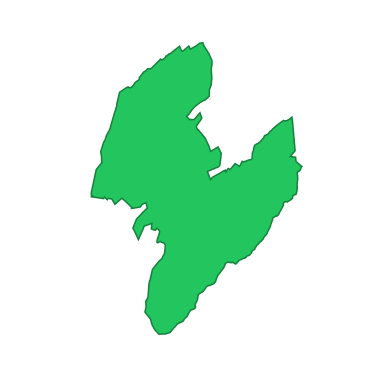 Ēveles pag., Burtnieku, Latvia (Natural Earth projection), rotated 108°
{"feature_id": "27541924B74046079513035", "entity_name": "Ēveles pag.", "entity_type": "district", "adm_level": 2, "iso_a3": "LVA", "parent_name": "Latvia", "parent_adm1": "Burtnieku", "projection": "natural_earth1", "projection_center": [25.59, 57.723], "detail": "fine", "context": "isolated", "style": "filled", "palette": "green", "viewbox_px": 384, "rotation_deg": 108, "n_neighbors": 0, "source": "geoboundaries", "source_scale": "gbopen_adm2", "svg_char_len": 6005}
<svg xmlns="http://www.w3.org/2000/svg" viewBox="0 0 384 384"><g transform="rotate(108 192 192)"><path d="M335.0,172.9L334.6,172.6L334.0,171.7L333.4,170.9L333.3,170.6L332.7,169.8L332.1,169.3L331.8,169.1L331.5,169.1L330.5,168.8L329.5,168.3L326.8,167.2L325.4,166.5L324.1,165.9L321.9,165.1L321.4,164.7L320.9,164.0L320.7,163.9L319.4,162.2L318.7,161.7L317.9,160.7L317.6,160.6L316.5,160.2L315.3,160.0L314.6,159.8L314.0,159.6L313.5,159.2L312.3,158.4L311.4,158.0L308.6,157.8L305.3,157.0L304.4,156.2L303.6,155.1L301.9,153.4L301.2,153.1L300.8,153.1L300.3,153.1L299.0,153.9L298.3,154.2L297.2,154.2L296.5,154.1L294.6,153.7L293.0,153.6L291.9,153.7L288.7,154.2L287.3,154.1L286.7,153.8L286.3,153.4L285.0,152.4L284.3,151.6L283.9,151.1L282.8,150.5L281.7,150.2L280.5,149.7L279.9,149.5L278.0,149.1L277.0,148.5L276.6,148.2L276.2,147.5L276.0,147.2L274.4,145.0L273.4,144.0L272.8,143.4L272.4,142.9L271.5,142.4L270.5,142.1L269.5,141.9L267.7,142.0L264.2,141.8L263.7,141.7L262.9,141.5L259.8,140.3L257.0,139.4L256.4,139.1L255.8,139.0L254.8,138.6L253.9,138.3L253.0,138.2L251.0,138.2L249.8,138.0L248.8,137.5L248.4,137.2L247.9,136.5L247.4,135.4L247.4,134.9L247.3,134.2L247.0,133.5L247.2,133.2L247.1,132.7L246.8,132.1L246.5,131.5L246.1,131.2L246.8,129.6L246.9,128.8L247.0,128.4L246.9,128.0L244.8,127.1L243.2,126.3L242.2,125.9L241.7,125.4L241.5,124.9L241.3,124.5L240.5,124.0L240.2,123.8L239.0,121.8L238.2,120.9L237.7,120.6L237.3,120.4L236.7,120.4L236.1,120.2L235.9,119.8L235.2,118.8L234.1,117.7L232.2,116.8L231.7,116.7L231.1,116.6L230.0,116.7L229.4,116.5L228.3,115.7L227.8,115.1L227.2,114.7L226.7,114.6L226.1,114.7L224.9,114.4L223.5,114.2L223.1,114.1L221.6,113.4L221.4,112.9L220.3,112.6L218.4,111.7L217.9,111.5L217.6,111.3L217.2,110.7L216.2,110.5L215.2,110.0L214.3,109.7L213.4,109.7L212.3,109.4L211.7,109.1L208.3,107.8L206.3,107.8L203.4,107.2L201.7,106.9L200.1,106.9L198.5,107.0L197.1,107.0L193.9,106.8L192.7,107.1L192.1,107.1L191.6,107.0L191.1,106.7L189.1,104.9L188.9,104.3L188.5,103.7L187.6,103.1L186.7,102.7L184.4,102.5L183.7,102.3L181.6,101.8L179.5,101.5L178.7,101.3L177.4,101.2L176.3,100.9L175.9,101.0L174.9,101.6L174.6,101.7L173.0,101.0L172.7,100.8L172.0,99.3L172.0,98.6L172.0,98.1L171.6,97.9L171.3,97.8L170.0,96.5L168.0,95.1L167.3,94.7L166.8,94.5L166.4,94.5L165.9,94.7L165.3,94.8L164.9,94.9L164.6,94.8L164.1,94.6L163.6,94.2L163.2,93.9L162.3,92.5L162.0,92.3L161.9,92.3L161.7,92.4L161.2,92.4L160.4,92.4L158.5,92.5L157.6,92.7L155.8,93.1L155.1,93.3L153.5,94.0L151.6,94.6L147.6,95.3L145.3,96.0L145.1,96.2L143.9,96.6L141.4,97.8L140.7,97.8L140.4,97.8L139.9,97.4L139.5,97.1L139.2,96.6L137.1,95.7L135.4,95.8L134.2,95.6L133.8,95.4L133.8,95.5L131.3,101.3L130.8,102.6L126.9,104.2L127.8,109.4L120.9,106.7L96.7,117.0L93.1,118.5L93.4,118.6L89.9,120.1L91.4,121.1L92.4,121.6L92.5,121.8L93.1,122.3L93.6,122.7L94.2,123.2L94.2,123.3L94.6,123.6L94.9,124.0L95.2,124.4L95.3,124.7L95.3,124.8L95.7,125.5L95.7,127.1L99.3,129.8L103.4,132.6L104.9,133.4L106.8,134.6L107.6,135.0L108.9,135.4L110.1,136.5L113.2,137.4L115.9,140.3L116.2,140.4L116.6,140.5L118.1,140.6L118.4,140.6L118.7,140.6L119.1,141.0L121.4,142.0L123.1,142.6L123.9,143.3L125.1,144.0L126.6,145.6L127.3,146.0L127.8,146.4L128.1,146.7L128.3,146.7L129.1,146.7L129.8,146.9L130.6,146.8L131.1,146.8L132.8,146.6L133.1,146.5L133.6,146.5L136.2,146.6L136.5,146.6L137.5,146.4L138.1,146.2L141.0,145.4L141.8,145.3L142.6,145.5L142.9,145.8L143.8,147.6L144.3,148.4L146.0,150.2L147.6,152.9L147.6,153.5L147.4,153.8L152.8,154.6L152.4,157.0L151.7,159.8L158.9,162.7L158.4,164.8L162.3,166.0L160.9,167.1L163.1,169.3L165.3,171.1L171.5,177.0L174.5,178.2L167.7,183.7L165.6,181.2L159.7,174.4L157.8,173.8L151.1,175.1L146.0,176.2L145.8,176.4L145.7,176.6L141.1,181.1L147.7,187.0L143.7,189.5L142.5,190.7L142.0,191.1L139.2,193.8L136.9,195.9L133.7,200.7L130.9,205.3L131.2,205.8L128.3,208.3L128.2,208.3L125.0,207.2L123.0,206.8L121.5,206.1L118.7,205.6L118.8,205.4L114.2,208.9L117.9,210.5L118.0,210.4L122.5,212.4L123.7,216.6L123.8,216.6L121.9,220.6L121.7,220.5L119.2,219.0L113.2,217.2L109.6,215.5L104.6,212.1L103.9,211.4L102.5,210.2L101.2,209.1L100.6,208.0L98.9,207.0L95.5,205.2L89.3,207.0L87.4,207.0L85.0,207.0L85.0,206.9L84.3,206.8L78.2,208.2L77.6,208.3L71.4,210.8L69.3,211.6L67.4,212.0L64.9,212.3L62.7,213.0L60.6,213.8L55.3,218.6L54.2,219.9L51.1,223.6L49.4,225.7L46.7,227.8L48.2,230.8L52.2,233.5L56.6,237.8L54.2,240.1L56.8,241.8L61.0,244.3L60.6,246.0L57.2,248.9L67.6,255.8L67.7,256.5L71.1,258.5L71.0,258.8L72.6,259.0L75.7,261.1L75.3,263.1L77.1,263.8L83.1,266.9L86.0,268.4L87.7,269.5L88.5,272.4L91.1,273.4L93.0,275.2L99.7,277.5L101.2,276.8L105.2,279.8L108.6,280.8L111.2,282.0L112.3,283.8L111.7,285.0L112.4,286.1L119.5,291.7L131.8,290.7L132.4,290.5L132.5,290.4L133.2,290.2L135.5,290.2L139.3,290.1L139.5,290.2L144.9,290.0L152.6,289.8L157.7,289.5L164.6,290.8L169.1,290.8L172.3,291.4L181.5,291.3L181.8,291.3L186.7,288.8L192.0,287.0L192.0,286.9L200.2,290.0L223.7,287.6L227.5,286.2L226.4,285.5L227.4,284.9L225.6,274.1L223.8,273.7L225.5,270.3L224.1,270.0L223.9,268.4L223.3,266.3L224.6,264.8L227.5,261.5L219.6,256.8L220.4,255.1L220.9,253.2L221.2,253.0L222.1,251.0L225.6,244.0L226.2,244.2L226.1,243.9L222.3,236.6L219.5,235.7L217.9,234.3L216.6,232.4L221.0,229.6L227.6,232.9L235.0,236.5L235.6,236.4L237.0,236.5L237.9,236.7L244.7,237.0L249.0,232.6L253.8,228.3L243.0,227.1L239.2,226.9L234.3,220.5L239.4,219.3L239.8,219.1L239.8,215.0L237.3,214.2L237.9,212.6L238.5,211.7L239.1,210.9L239.5,210.6L239.8,210.5L240.2,210.4L240.6,210.4L248.5,210.3L249.9,210.0L250.5,209.9L250.5,209.7L250.9,209.2L250.8,208.8L250.7,208.6L250.4,208.2L250.0,208.0L249.0,207.3L249.3,203.6L249.2,203.2L249.5,202.4L250.5,201.3L251.2,200.8L254.4,200.1L259.1,199.2L263.2,200.0L264.6,199.9L267.0,201.5L269.5,202.6L275.6,204.9L277.7,205.6L278.2,205.7L286.4,204.9L288.7,204.6L289.0,204.7L289.5,204.9L292.1,204.6L292.9,204.5L305.8,201.3L310.2,202.2L315.4,200.2L320.7,199.7L325.9,192.0L328.4,190.5L330.7,188.8L330.8,188.8L331.5,188.0L334.5,184.9L334.7,184.5L335.7,182.6L337.3,180.0L337.3,179.0L335.0,173.0L335.0,172.9Z" fill="#22c55e" stroke="#15803d" stroke-width="1.5"/></g></svg>